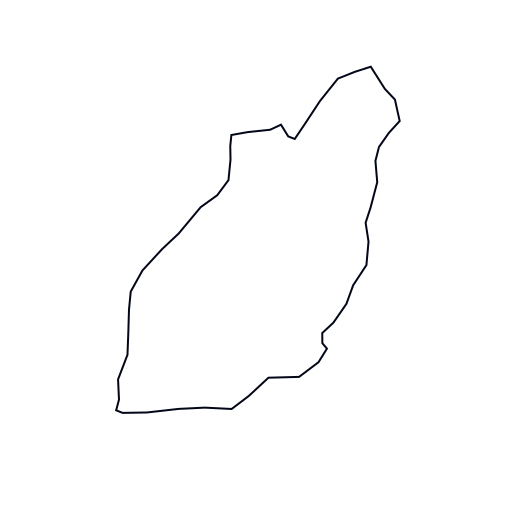 Agios Thomas, Limassol, Cyprus, rotated 67°
{"feature_id": "46923920B96977805113919", "entity_name": "Agios Thomas", "entity_type": "district", "adm_level": 2, "iso_a3": "CYP", "parent_name": "Cyprus", "parent_adm1": "Limassol", "projection": "albers", "projection_center": [32.73, 34.71], "detail": "fine", "context": "isolated", "style": "outline", "palette": "ink", "viewbox_px": 512, "rotation_deg": 67, "n_neighbors": 0, "source": "geoboundaries", "source_scale": "gbopen_adm2", "svg_char_len": 794}
<svg xmlns="http://www.w3.org/2000/svg" viewBox="0 0 512 512"><g transform="rotate(67 256 256)"><path d="M126.6,76.4L125.1,93.0L124.7,111.3L138.3,136.5L154.0,160.1L163.4,174.6L158.5,179.6L144.9,181.7L145.3,193.7L138.7,215.3L135.0,231.4L144.9,236.8L157.3,241.8L175.4,251.7L184.9,267.9L189.4,287.8L205.1,318.4L212.9,339.6L224.9,366.1L239.8,385.2L255.8,393.9L276.5,403.4L296.7,412.9L315.7,431.2L334.6,438.2L343.4,445.0L348.3,440.1L357.4,417.6L366.5,387.0L375.6,362.3L387.3,338.2L382.0,317.3L372.9,292.1L384.1,263.6L378.2,240.0L369.0,226.9L362.2,229.0L352.8,225.1L347.6,210.8L335.4,191.5L320.9,178.0L307.5,157.9L286.7,146.8L268.2,142.1L256.4,131.8L235.5,115.6L215.1,108.9L203.7,100.2L194.6,85.6L187.9,71.0L166.3,67.0L152.5,72.1L126.6,76.4Z" fill="none" stroke="#020617" stroke-width="2"/></g></svg>